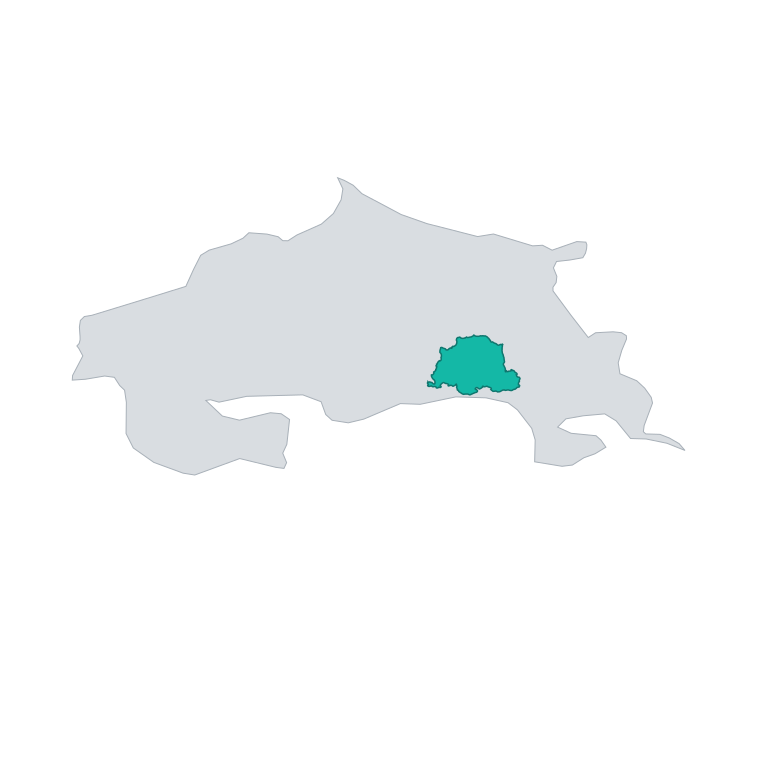 location of Perez Zeledon, San José, Costa Rica, rotated 323°
{"feature_id": "36466004B81779324435882", "entity_name": "Perez Zeledon", "entity_type": "district", "adm_level": 2, "iso_a3": "CRI", "parent_name": "Costa Rica", "parent_adm1": "San José", "projection": "orthographic", "projection_center": [-83.71, 9.337], "detail": "fine", "context": "in_parent", "style": "filled", "palette": "teal", "viewbox_px": 768, "rotation_deg": 323, "n_neighbors": 0, "source": "geoboundaries", "source_scale": "gbopen_adm2", "svg_char_len": 7697}
<svg xmlns="http://www.w3.org/2000/svg" viewBox="0 0 768 768"><g transform="rotate(323 384 384)"><path d="M630.6,392.2L629.8,394.9L627.3,397.8L623.6,400.8L618.8,402.8L607.0,396.8L595.5,390.0L589.2,393.2L586.8,402.1L582.5,406.6L577.2,408.4L575.0,411.4L574.7,441.5L575.1,469.8L583.8,470.4L598.4,480.2L604.6,486.0L606.6,491.3L604.8,494.0L594.2,500.2L583.8,508.0L578.6,517.8L587.8,533.5L589.7,544.2L589.4,555.4L587.0,560.8L566.8,573.7L562.4,578.2L563.0,581.4L574.1,590.3L579.4,598.9L583.8,609.2L584.4,618.2L574.3,601.6L560.3,585.7L548.1,575.9L547.2,553.1L542.3,540.7L524.0,529.3L508.3,521.3L496.7,522.9L503.8,536.0L522.2,552.9L523.5,559.3L523.2,568.0L510.5,566.7L499.3,563.2L485.7,562.1L476.7,556.9L457.5,536.8L471.1,519.6L475.3,508.3L475.0,485.0L471.8,473.6L457.1,456.4L433.6,437.5L400.7,422.0L385.3,409.5L346.8,399.9L332.1,393.5L320.7,381.7L319.1,373.3L323.1,360.3L312.6,343.8L266.9,311.2L241.3,299.2L235.9,292.1L231.8,289.9L235.6,312.3L246.8,325.9L276.0,338.6L284.0,345.9L287.2,355.5L270.1,373.7L261.5,378.3L258.9,388.2L253.3,391.2L247.5,385.5L223.9,356.7L178.1,342.8L169.9,334.3L153.0,308.1L145.3,284.2L148.2,268.3L167.2,243.6L173.1,232.8L172.0,226.2L172.7,216.4L165.7,209.5L148.4,200.5L137.4,193.3L140.4,189.8L160.4,180.3L161.7,171.6L161.6,168.8L164.9,168.2L167.8,165.9L169.6,163.5L175.0,155.2L179.8,150.5L185.3,149.8L192.0,153.3L217.0,162.4L244.8,172.5L284.5,186.8L301.0,177.8L315.1,170.9L325.0,171.9L346.3,180.1L359.2,182.7L367.1,181.9L380.7,193.8L388.1,202.7L389.4,208.6L393.5,211.8L404.2,212.6L430.2,218.6L446.2,217.4L460.6,211.1L468.6,203.4L471.1,191.4L474.7,197.3L479.0,206.7L480.9,218.7L499.7,259.0L514.7,281.6L547.5,322.6L561.7,330.1L585.8,363.1L594.1,368.6L598.8,378.3L623.7,386.3L630.6,392.2Z" fill="#d9dde1" stroke="#a8b0b8" stroke-width="1"/><path d="M456.3,443.0L456.5,443.4L456.6,444.1L457.0,445.0L457.1,445.3L458.2,445.7L459.1,445.8L459.9,445.8L461.0,445.8L461.1,445.3L461.3,445.2L461.5,445.2L461.7,445.3L461.9,445.5L462.0,445.9L462.3,446.5L463.2,447.0L463.7,447.2L464.9,447.7L465.2,448.5L465.4,448.7L465.8,449.5L466.5,450.3L466.7,450.9L467.0,451.3L467.0,451.5L467.0,452.1L466.8,452.5L466.5,452.7L466.0,452.7L466.1,453.8L466.3,454.1L466.6,455.4L466.7,455.5L467.1,455.8L467.8,456.2L468.4,456.6L468.9,456.8L469.4,457.4L469.6,457.9L469.8,458.2L470.0,458.7L470.3,458.9L471.8,459.8L472.7,460.0L473.1,460.0L473.5,460.1L474.0,460.2L474.8,460.2L475.4,460.5L475.6,460.7L476.1,460.8L476.5,461.1L476.9,462.0L477.5,462.3L477.8,462.5L478.4,462.8L478.7,462.9L479.8,463.6L480.0,463.8L480.2,464.3L481.2,465.3L481.5,465.7L482.3,466.1L482.6,466.2L483.3,466.2L484.7,466.5L484.9,466.6L485.0,466.8L485.4,466.9L485.8,467.1L486.5,467.0L486.9,467.1L487.7,466.9L488.0,466.8L488.3,466.8L489.1,467.3L489.7,467.3L490.1,467.7L490.4,467.6L491.3,467.0L491.4,466.8L491.3,466.6L491.3,466.0L490.9,465.5L491.0,465.4L491.3,465.0L491.9,464.2L492.8,463.6L493.5,463.6L493.8,463.3L494.1,462.6L495.8,461.6L496.0,461.3L496.1,460.1L495.7,459.6L495.3,459.3L495.0,458.8L494.8,458.4L494.7,457.9L494.8,457.5L495.1,457.1L495.2,456.2L496.2,456.2L496.3,456.2L496.4,455.1L495.7,453.3L495.8,452.2L495.7,451.4L495.5,451.1L494.9,450.8L494.8,449.9L494.4,449.2L494.1,449.1L493.9,449.2L493.8,449.4L493.6,449.9L493.2,449.9L492.6,449.6L492.1,449.4L491.8,449.1L491.4,448.8L490.3,448.7L489.8,448.1L489.7,447.9L489.8,447.3L489.5,446.7L489.4,446.6L489.2,446.7L488.7,447.5L488.5,447.4L488.4,447.2L488.5,447.0L488.8,446.5L489.0,446.1L489.4,445.9L489.5,445.5L489.7,445.4L489.9,445.1L490.0,444.7L490.3,444.1L490.4,443.3L490.5,443.1L490.6,442.2L490.8,441.6L490.8,440.9L491.2,440.0L491.6,439.6L493.4,439.0L493.7,438.7L494.2,437.6L495.1,436.0L495.3,435.7L495.5,435.4L495.8,434.8L496.0,433.8L496.4,433.1L496.6,432.8L496.9,431.5L497.2,430.4L497.8,429.4L498.2,428.6L498.4,428.4L498.5,428.0L498.9,427.6L499.5,427.2L499.7,426.5L500.1,426.2L500.4,425.8L500.9,425.5L501.1,425.2L501.7,424.5L502.6,423.9L502.4,423.3L501.9,423.4L501.5,423.4L501.3,423.2L501.1,422.8L500.7,422.4L499.3,422.2L499.0,422.1L498.5,421.7L497.9,420.3L498.0,420.0L497.7,419.1L496.7,417.7L496.5,417.1L496.3,416.5L496.0,415.7L495.9,415.6L495.1,415.3L495.0,415.1L494.8,414.8L494.8,414.0L495.1,413.6L495.2,412.9L494.9,412.5L494.9,411.9L495.1,411.3L495.1,410.6L494.8,409.6L494.8,408.7L494.2,407.4L494.2,407.2L493.7,406.4L492.8,405.9L492.5,405.5L491.9,404.9L491.0,404.5L490.7,404.1L489.9,403.5L489.2,403.3L488.3,402.9L487.9,402.6L487.5,402.3L486.8,401.7L486.5,401.5L485.8,400.7L485.6,400.4L485.6,400.0L485.2,399.0L484.5,399.1L484.2,399.2L483.0,399.1L482.9,399.0L482.4,399.0L481.6,398.7L481.0,398.3L479.9,397.9L478.6,397.1L478.3,396.7L478.2,396.2L477.4,396.1L476.6,396.1L476.2,396.0L476.0,395.7L475.2,395.5L474.1,394.8L473.3,393.9L473.1,393.6L473.1,393.0L473.0,392.7L472.5,392.0L471.2,391.6L470.9,391.3L470.1,391.3L469.5,391.4L468.6,392.1L468.2,392.5L468.0,393.6L467.2,394.6L466.8,395.1L466.3,395.3L466.1,395.6L464.8,396.2L464.2,396.1L463.5,396.2L462.8,396.2L462.4,395.9L462.0,395.7L461.7,395.3L461.2,395.4L460.8,395.4L460.9,395.5L460.8,395.8L460.7,395.8L460.1,395.8L459.9,396.1L459.6,396.2L459.0,395.7L458.6,395.3L458.0,395.0L456.9,395.0L456.7,395.0L456.4,395.2L456.0,395.2L455.4,395.0L454.9,394.9L454.1,394.0L454.2,393.1L454.1,392.7L452.8,390.9L452.4,389.9L451.8,389.3L451.5,389.2L451.2,389.1L450.8,389.4L450.3,389.9L449.1,390.7L447.8,392.2L447.7,392.4L447.7,393.0L447.8,393.6L447.8,394.0L447.5,395.0L446.7,396.3L446.3,396.5L446.0,397.0L445.4,397.2L445.2,397.5L445.0,398.2L444.1,399.2L442.6,399.3L442.3,399.2L442.2,398.7L440.9,398.8L440.5,398.9L439.6,399.3L439.3,399.4L439.1,399.5L438.8,399.9L438.5,400.0L437.9,399.8L437.3,400.7L436.6,400.7L436.4,400.9L436.4,401.1L436.6,401.4L436.6,401.8L436.6,402.0L436.4,402.2L435.4,402.7L435.2,403.1L434.9,403.4L434.6,403.4L434.1,403.5L433.5,404.2L433.0,404.3L431.5,404.5L430.9,404.3L430.7,404.5L430.7,404.9L430.5,405.1L430.1,405.5L429.9,405.6L429.4,405.8L428.6,405.9L428.1,405.9L427.9,405.8L427.4,405.3L427.2,405.5L426.9,405.8L426.5,406.6L426.4,406.9L426.3,408.0L426.1,408.7L426.2,409.8L426.4,410.6L426.6,410.9L426.6,411.1L426.4,411.4L426.4,412.1L426.2,412.7L425.8,413.2L425.6,413.6L425.3,413.8L424.9,414.3L424.7,414.4L424.3,414.2L424.0,414.2L423.9,414.1L423.4,413.4L423.3,413.0L423.3,412.4L423.1,411.5L422.5,411.2L422.3,410.6L421.7,409.8L421.3,409.6L420.5,409.5L420.4,409.3L420.4,408.7L420.1,409.0L419.6,409.1L419.3,409.4L419.2,409.5L419.1,410.9L419.0,411.3L418.6,411.5L418.3,411.3L418.1,411.3L417.9,411.7L417.9,412.0L418.0,412.5L418.7,413.2L420.6,414.0L420.8,414.2L420.9,414.8L421.1,415.3L421.6,415.8L422.7,416.3L423.4,416.9L423.5,417.1L423.7,417.6L423.7,418.1L423.5,418.4L423.5,418.6L424.0,419.2L425.0,419.6L425.8,419.6L426.1,420.0L426.9,420.7L427.8,420.7L428.1,420.2L427.8,419.6L427.8,419.3L428.0,419.0L428.9,418.6L429.4,418.5L430.5,418.4L431.7,418.4L432.1,418.5L432.4,418.7L432.7,418.9L433.0,419.5L433.2,420.1L433.3,420.4L434.5,421.6L434.9,422.2L435.1,422.7L435.1,423.3L434.4,423.7L434.2,423.9L434.5,424.5L435.4,424.7L435.6,424.9L436.2,425.0L436.8,425.4L437.3,426.0L437.6,427.1L437.9,427.4L438.2,427.5L439.1,427.6L439.9,427.8L440.3,427.8L441.1,427.5L441.7,427.7L441.7,427.9L441.1,428.7L441.1,429.4L441.0,429.6L440.7,429.9L440.1,430.1L440.0,430.3L439.7,431.4L439.5,432.1L439.0,432.7L439.0,433.1L439.5,433.7L439.4,434.2L439.3,434.8L439.2,435.0L439.9,437.0L440.1,437.3L440.1,437.6L440.3,438.1L440.6,439.0L441.3,440.1L441.9,440.4L442.9,441.0L444.0,441.8L444.5,442.1L445.0,442.7L445.8,444.1L446.1,444.3L446.7,444.6L447.0,444.7L447.5,444.6L447.9,444.8L448.9,445.1L449.7,445.2L450.2,445.4L451.3,445.6L452.7,446.2L453.1,446.3L453.5,446.3L454.2,446.1L454.5,445.8L454.6,445.6L454.6,444.8L454.5,444.2L454.0,443.7L453.8,443.3L453.9,442.9L454.2,442.5L455.0,442.5L455.3,442.4L455.5,442.4L456.3,443.0Z" fill="#14b8a6" stroke="#0f766e" stroke-width="1.5"/></g></svg>